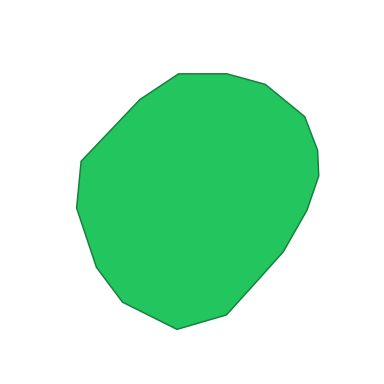 outline of Lukalaba, Kasaï-Oriental, Democratic Republic of the Congo, rotated 34°
{"feature_id": "63176286B63969135863157", "entity_name": "Lukalaba", "entity_type": "district", "adm_level": 2, "iso_a3": "COD", "parent_name": "Democratic Republic of the Congo", "parent_adm1": "Kasaï-Oriental", "projection": "equal_earth", "projection_center": [23.657, -6.482], "detail": "fine", "context": "isolated", "style": "filled", "palette": "green", "viewbox_px": 384, "rotation_deg": 34, "n_neighbors": 0, "source": "geoboundaries", "source_scale": "gbopen_adm2", "svg_char_len": 367}
<svg xmlns="http://www.w3.org/2000/svg" viewBox="0 0 384 384"><g transform="rotate(34 192 192)"><path d="M154.9,74.5L114.8,101.5L97.1,144.4L82.9,228.5L105.3,269.8L154.9,307.9L196.1,322.2L256.3,314.3L289.3,274.6L296.3,225.4L301.1,190.4L297.5,142.8L288.1,107.8L272.8,87.2L243.3,66.5L192.6,61.8L154.9,74.5Z" fill="#22c55e" stroke="#15803d" stroke-width="1.5"/></g></svg>